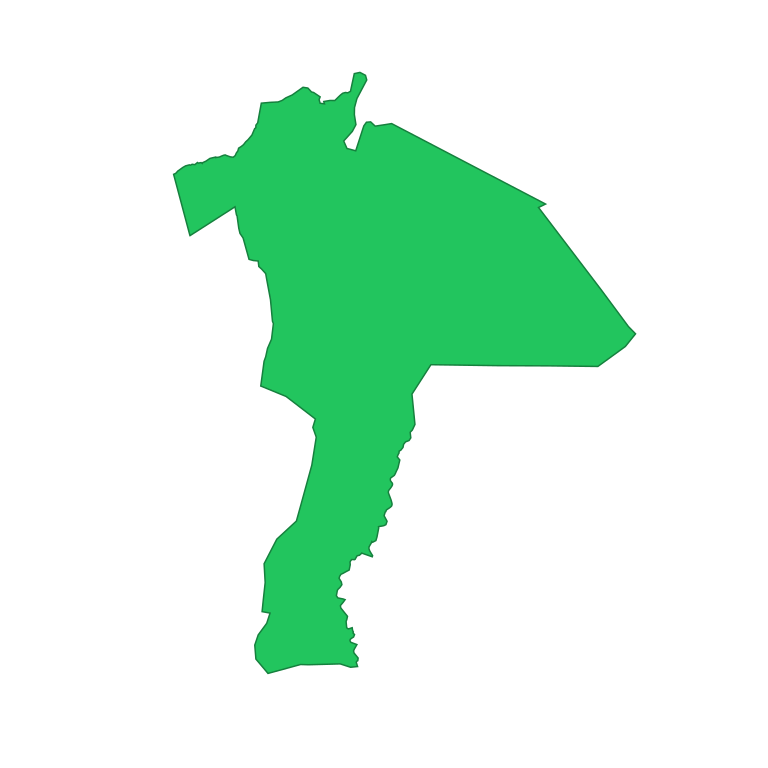 San Francisco Chindúa, Oaxaca, Mexico (orthographic projection), rotated 279°
{"feature_id": "50627088B18479476628960", "entity_name": "San Francisco Chindúa", "entity_type": "district", "adm_level": 2, "iso_a3": "MEX", "parent_name": "Mexico", "parent_adm1": "Oaxaca", "projection": "orthographic", "projection_center": [-97.323, 17.415], "detail": "fine", "context": "isolated", "style": "filled", "palette": "green", "viewbox_px": 768, "rotation_deg": 279, "n_neighbors": 0, "source": "geoboundaries", "source_scale": "gbopen_adm2", "svg_char_len": 3418}
<svg xmlns="http://www.w3.org/2000/svg" viewBox="0 0 768 768"><g transform="rotate(279 384 384)"><path d="M642.2,218.9L622.2,218.4L619.6,217.0L617.0,217.3L616.0,216.3L609.2,214.6L603.9,211.4L601.5,209.5L598.4,207.8L596.2,205.8L594.2,203.5L591.4,203.2L589.0,202.0L586.3,201.3L585.2,200.3L584.4,199.7L584.3,196.7L585.0,192.8L585.4,191.3L584.8,189.7L583.6,187.7L582.4,185.9L581.3,182.3L581.8,182.2L579.6,176.8L576.2,173.2L574.3,170.3L573.4,170.0L574.1,168.7L573.1,166.1L573.6,165.1L571.1,162.9L571.0,160.1L569.8,158.5L570.0,157.5L568.4,153.9L566.4,151.4L562.7,147.7L562.3,147.2L559.4,145.3L558.2,143.4L500.5,169.0L500.2,169.2L535.7,209.1L528.0,211.8L527.0,212.6L515.1,216.2L510.2,218.2L506.3,221.9L505.3,222.4L486.0,231.2L485.5,235.6L485.8,240.3L485.8,240.5L480.4,242.0L478.4,245.1L474.5,249.9L469.2,251.7L449.5,258.7L428.6,264.0L426.4,265.3L410.7,265.9L401.0,263.4L392.4,262.9L387.7,262.0L362.7,262.6L356.4,289.2L338.7,321.7L330.0,320.5L320.9,325.4L292.6,325.4L251.4,320.8L234.9,318.9L214.0,302.4L187.7,293.7L169.3,297.7L152.6,298.5L140.1,299.2L139.9,307.3L129.3,305.6L116.5,299.0L105.9,297.2L92.3,300.5L80.0,314.7L93.9,345.5L94.9,353.3L100.7,384.5L99.0,395.3L100.8,402.1L104.8,400.1L105.8,400.4L106.6,401.4L109.3,401.3L113.7,396.4L115.7,395.7L116.9,396.0L117.6,396.2L122.4,398.0L122.7,396.5L123.7,391.6L125.2,390.5L126.5,390.6L127.8,391.8L129.0,393.1L129.3,393.5L131.9,394.1L133.2,392.4L134.3,392.5L135.8,391.5L138.3,390.7L137.3,388.7L136.5,387.0L137.4,385.3L143.5,383.7L145.5,384.1L148.8,384.3L156.0,376.4L158.2,375.6L159.0,376.0L161.8,377.7L164.9,379.3L165.3,377.3L165.5,371.9L167.4,370.1L172.7,370.2L173.9,370.6L176.3,372.4L179.2,373.8L181.8,372.8L185.1,370.0L187.2,370.3L189.4,371.3L190.4,372.9L192.9,376.1L194.8,378.7L199.8,378.9L200.3,378.9L202.8,378.3L204.1,378.7L205.6,379.6L205.9,382.4L206.3,382.9L208.1,383.5L210.2,384.4L211.0,386.5L212.5,387.8L213.5,388.4L211.5,399.4L212.7,399.6L214.4,398.1L216.8,396.1L218.9,394.9L220.8,394.7L224.7,396.2L226.5,396.7L225.9,397.5L228.1,400.5L231.8,401.0L240.9,401.3L242.2,400.9L242.4,401.2L243.4,404.3L244.1,406.1L245.4,407.9L248.9,408.5L253.9,404.7L256.7,405.1L257.2,405.1L257.7,405.2L258.1,405.7L260.0,406.1L262.6,408.9L263.8,410.0L264.9,410.7L266.4,410.8L267.5,410.5L270.4,409.2L274.3,407.0L276.4,405.8L277.7,405.2L279.2,405.2L280.2,405.6L282.1,406.7L284.2,407.7L285.5,408.1L286.5,408.1L287.4,407.7L288.1,406.9L289.4,405.6L290.4,405.2L291.4,405.1L292.4,405.4L293.5,406.6L295.4,408.5L297.3,409.2L299.3,409.7L303.3,410.9L307.5,411.2L311.4,411.5L314.1,408.5L316.6,409.0L318.0,409.6L320.1,409.5L321.3,411.0L324.4,412.7L327.5,412.8L330.2,414.3L332.1,417.6L335.0,418.9L340.4,417.4L343.0,419.2L348.9,420.9L378.4,413.2L410.4,427.3L420.0,493.9L427.7,543.9L434.8,592.5L458.8,616.5L472.9,624.6L479.0,616.4L510.3,584.5L582.5,509.0L587.0,515.4L642.4,350.8L640.2,344.1L638.6,339.0L637.3,335.0L640.8,329.8L640.1,326.9L639.9,326.4L639.8,325.7L635.8,323.7L632.8,323.2L621.9,321.5L609.9,319.6L610.5,314.1L610.8,310.6L617.7,306.2L628.5,313.2L635.8,315.7L645.4,312.6L652.6,311.6L653.1,311.7L661.7,312.6L681.6,319.4L686.0,317.4L688.0,311.5L685.9,306.1L667.8,305.1L665.9,302.6L665.9,300.3L664.7,297.7L662.6,295.8L660.4,294.1L656.3,291.1L655.6,286.3L653.6,280.3L651.4,281.4L651.3,277.0L654.7,275.4L657.6,276.0L660.9,268.9L661.1,266.7L664.4,262.5L664.4,257.6L655.1,248.1L651.2,242.2L648.2,239.1L646.0,235.3L644.3,227.2L642.2,218.9Z" fill="#22c55e" stroke="#15803d" stroke-width="1.5"/></g></svg>